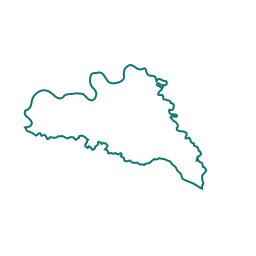 the district of Barracão, Rio Grande do Sul, Brazil, rotated 305°
{"feature_id": "56859067B37283122217619", "entity_name": "Barracão", "entity_type": "district", "adm_level": 2, "iso_a3": "BRA", "parent_name": "Brazil", "parent_adm1": "Rio Grande do Sul", "projection": "natural_earth1", "projection_center": [-51.435, -27.742], "detail": "fine", "context": "isolated", "style": "outline", "palette": "teal", "viewbox_px": 256, "rotation_deg": 305, "n_neighbors": 0, "source": "geoboundaries", "source_scale": "gbopen_adm2", "svg_char_len": 4074}
<svg xmlns="http://www.w3.org/2000/svg" viewBox="0 0 256 256"><g transform="rotate(305 128 128)"><path d="M83.2,33.9L81.0,34.8L79.9,35.9L79.2,38.3L79.1,40.4L78.9,42.2L78.2,44.6L76.7,46.6L74.5,47.1L72.6,46.4L71.6,45.6L70.6,44.5L69.4,43.3L68.8,44.9L68.0,46.2L67.8,47.7L68.5,49.9L69.1,52.4L68.9,54.6L69.2,57.3L71.0,57.7L72.4,58.0L73.3,59.2L72.0,61.6L73.7,62.8L74.5,64.0L74.0,65.9L72.7,68.1L73.9,69.4L75.7,69.4L76.6,70.7L77.3,72.5L78.2,73.9L79.5,75.0L81.1,75.5L82.5,77.4L83.8,78.9L84.0,80.4L84.3,82.4L84.7,84.6L87.2,85.7L88.2,87.2L89.0,88.6L88.5,90.5L88.4,92.2L90.0,92.5L92.0,93.4L93.3,92.7L94.5,93.5L95.5,95.3L95.9,97.7L95.5,100.0L95.5,102.0L94.0,101.9L92.2,102.7L90.0,102.5L88.5,103.6L88.5,106.4L90.6,106.4L90.6,109.6L89.6,111.2L91.4,112.5L94.3,111.9L96.6,112.9L99.6,111.6L100.5,114.2L99.8,115.5L101.4,116.3L102.6,118.9L101.8,121.4L99.0,121.8L97.3,121.4L97.8,124.1L95.9,126.6L97.8,128.5L98.3,130.5L100.2,132.0L100.7,135.0L103.2,136.4L102.7,138.1L100.8,138.4L101.0,140.1L101.0,142.1L99.2,143.7L99.6,145.6L101.0,147.1L102.4,148.1L102.2,149.8L102.2,151.7L103.1,153.2L104.0,154.2L104.9,155.5L104.8,157.4L105.0,159.0L106.4,160.5L107.0,162.4L108.4,162.7L109.7,163.8L110.9,165.1L112.3,166.0L113.8,166.1L115.7,166.7L117.5,167.4L118.2,168.8L119.4,170.1L121.2,170.9L122.0,172.8L122.6,174.3L123.5,176.0L124.0,179.0L124.8,182.0L123.5,185.3L123.5,188.1L122.8,190.5L121.7,192.3L121.2,193.6L121.1,196.0L120.5,198.2L119.2,199.5L117.8,201.6L117.9,203.9L118.3,205.9L118.8,207.8L119.3,210.1L119.7,212.0L120.0,213.6L120.1,215.4L120.3,217.3L120.4,219.4L120.4,221.3L120.7,223.4L122.1,222.5L123.6,221.7L125.5,221.8L127.0,220.0L128.4,218.3L129.9,217.3L131.5,216.1L133.5,216.2L135.9,216.5L137.9,216.6L139.0,214.9L139.6,213.0L139.1,211.6L140.9,210.0L141.8,208.6L141.4,207.1L141.4,205.4L142.0,204.1L140.6,203.0L141.7,202.2L143.0,202.7L143.9,201.5L145.6,202.1L146.9,202.7L148.6,202.8L149.9,200.7L150.0,198.6L151.3,197.6L152.1,195.7L151.8,194.1L151.5,191.9L153.1,190.9L152.6,189.0L152.9,187.1L154.2,185.8L155.2,183.6L153.4,182.5L152.6,181.0L154.3,180.2L155.9,180.0L157.4,179.0L157.3,176.4L156.5,174.5L155.5,173.1L154.6,171.0L154.7,169.0L155.9,167.9L157.4,168.1L158.9,167.1L159.7,165.6L160.2,163.3L160.1,160.5L160.6,158.9L161.2,156.8L163.1,157.4L164.1,159.9L165.1,161.3L166.3,161.0L166.4,159.5L165.2,157.3L163.7,155.3L164.3,153.2L165.4,151.9L166.7,151.4L167.6,153.4L168.9,154.2L170.7,153.7L172.9,152.5L173.8,150.3L172.9,148.8L174.0,147.5L174.1,146.0L173.2,144.2L172.8,142.3L171.8,140.6L172.7,139.5L174.0,138.9L174.7,137.3L173.2,135.2L172.6,133.6L174.2,132.8L176.2,132.9L177.9,133.3L179.6,133.4L181.5,133.0L180.1,131.6L180.1,129.6L179.6,127.8L180.5,126.5L182.2,127.0L182.1,129.5L183.0,131.6L183.6,132.9L184.4,134.1L186.4,134.4L187.6,133.7L188.2,132.4L187.2,130.6L186.7,128.3L186.5,126.2L185.5,124.7L184.2,124.6L182.7,124.4L184.3,122.5L185.6,120.9L185.2,119.4L184.8,118.0L183.6,116.4L183.0,113.8L183.6,112.2L184.9,110.5L186.1,109.0L186.5,107.6L185.4,106.4L183.7,105.4L182.6,103.9L181.9,101.7L181.9,99.7L181.9,97.9L181.8,95.8L181.0,93.7L179.6,92.7L178.2,92.2L176.9,91.8L175.6,91.5L173.9,91.6L172.3,92.3L170.9,93.0L169.5,93.8L168.1,94.9L166.8,95.9L165.4,96.2L163.9,96.1L162.4,95.6L160.7,94.7L158.8,93.2L157.4,91.8L156.3,90.6L155.6,89.4L154.8,87.5L154.5,85.5L154.9,84.0L155.7,82.2L156.4,80.4L157.2,78.4L157.7,76.8L157.8,74.3L156.9,72.4L155.4,71.0L154.3,69.6L153.3,68.5L152.1,67.5L150.5,67.2L148.6,67.8L147.3,68.3L145.8,69.3L144.6,70.2L143.1,71.4L141.8,73.2L141.0,75.1L140.7,76.5L140.4,78.3L139.8,80.0L138.7,81.6L137.4,82.8L134.0,83.9L132.0,83.8L130.1,82.9L129.3,81.4L129.0,79.7L129.0,78.1L129.3,76.4L129.7,74.6L129.9,73.1L129.9,71.3L129.1,69.8L128.3,68.3L127.4,66.9L126.3,65.2L125.1,64.0L123.8,62.5L122.6,61.1L121.3,59.6L119.7,58.1L118.4,57.4L116.6,57.2L115.0,56.8L113.5,55.9L112.4,53.7L112.1,51.5L112.2,49.7L112.4,47.8L112.6,45.2L112.6,43.2L112.4,41.5L112.0,40.0L111.2,38.5L110.1,36.7L108.9,35.6L107.9,34.9L106.1,34.0L104.5,33.3L102.1,32.8L100.5,32.6L98.7,32.7L97.2,33.0L95.9,33.3L94.0,34.2L92.5,34.9L90.9,35.5L89.1,35.9L87.4,35.9L85.1,35.1L83.2,33.9Z" fill="none" stroke="#0f766e" stroke-width="2"/></g></svg>